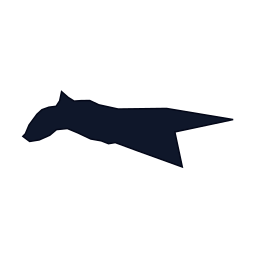 the border of Buikwe, rotated 258°
{"feature_id": "UGA-5597", "entity_name": "Buikwe", "entity_type": "District", "adm_level": 1, "iso_a3": "UGA", "parent_name": "Uganda", "parent_adm1": "", "projection": "equal_earth", "projection_center": [33.033, 0.062], "detail": "fine", "context": "isolated", "style": "filled", "palette": "ink", "viewbox_px": 256, "rotation_deg": 258, "n_neighbors": 0, "source": "natural_earth", "source_scale": "10m", "svg_char_len": 520}
<svg xmlns="http://www.w3.org/2000/svg" viewBox="0 0 256 256"><g transform="rotate(258 128 128)"><path d="M141.7,23.4L143.7,26.4L151.6,31.9L160.4,41.8L163.8,47.6L164.8,55.0L164.2,62.2L168.8,66.8L177.4,70.6L170.4,75.8L165.5,80.9L164.5,88.0L162.8,96.3L156.8,104.2L148.6,122.3L139.1,169.8L114.4,232.6L114.4,173.0L78.6,173.0L103.4,133.1L116.4,112.5L116.7,105.7L121.0,99.2L125.0,89.3L133.6,78.0L140.1,68.6L141.3,57.7L137.2,50.0L134.8,38.7L135.3,29.0L141.7,23.4Z" fill="#0f172a" stroke="#020617" stroke-width="1.5"/></g></svg>